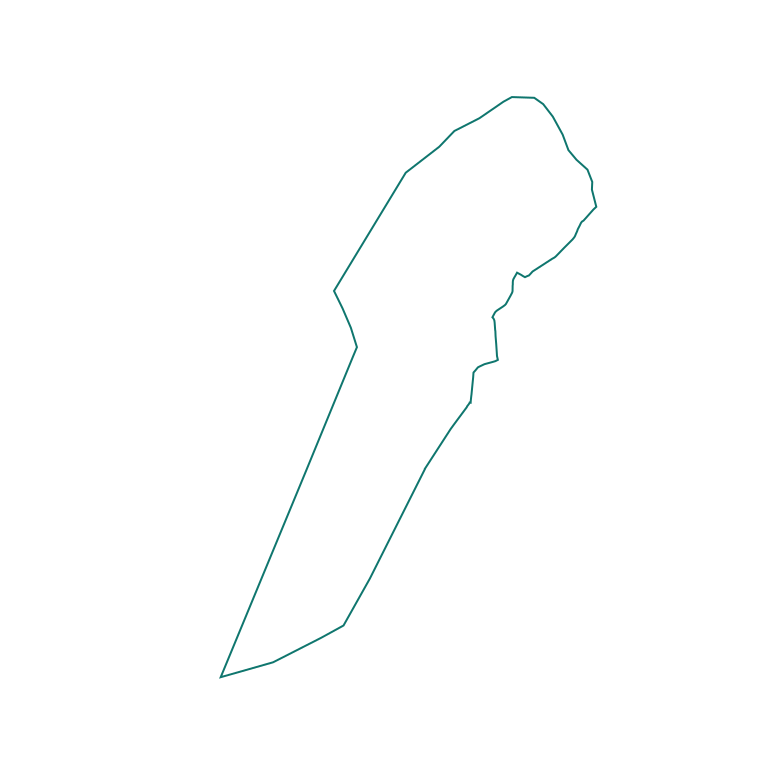 outline of Burg Al-Arab City, Al Iskandariyah, Egypt, rotated 153°
{"feature_id": "37247803B47778858868079", "entity_name": "Burg Al-Arab City", "entity_type": "district", "adm_level": 2, "iso_a3": "EGY", "parent_name": "Egypt", "parent_adm1": "Al Iskandariyah", "projection": "robinson", "projection_center": [29.584, 30.899], "detail": "fine", "context": "isolated", "style": "outline", "palette": "teal", "viewbox_px": 768, "rotation_deg": 153, "n_neighbors": 0, "source": "geoboundaries", "source_scale": "gbopen_adm2", "svg_char_len": 1666}
<svg xmlns="http://www.w3.org/2000/svg" viewBox="0 0 768 768"><g transform="rotate(153 384 384)"><path d="M386.2,289.6L386.2,289.8L345.1,313.6L341.0,315.7L334.8,318.8L320.7,325.8L320.2,326.3L317.7,327.5L316.6,328.1L316.1,328.6L315.3,328.0L314.4,329.5L313.7,330.6L311.4,334.1L310.9,334.8L307.9,339.5L304.9,344.2L301.5,349.5L299.4,353.0L299.0,353.6L296.2,354.7L293.2,356.0L292.9,356.1L292.7,356.2L290.5,356.2L287.2,356.1L286.5,356.1L285.2,356.0L277.6,354.4L274.4,353.8L273.8,353.8L273.7,353.8L271.6,353.8L270.6,357.7L269.2,360.9L265.9,368.6L262.9,375.9L260.7,380.7L260.5,381.5L257.5,388.6L256.8,390.6L256.7,392.6L257.1,394.2L256.0,395.0L253.0,397.1L251.9,397.7L249.9,398.2L248.1,398.4L247.3,398.5L242.9,399.0L240.5,399.4L239.1,399.9L237.0,401.3L231.5,405.0L228.4,407.2L227.8,407.8L227.3,408.4L225.8,411.2L224.8,413.1L224.0,414.3L223.2,415.9L222.3,417.4L221.2,418.6L219.0,420.1L217.7,420.9L214.9,422.8L212.0,418.6L211.5,417.6L209.9,415.2L209.7,415.2L207.1,415.1L205.6,414.9L203.9,415.5L200.5,416.8L177.5,419.2L174.9,419.3L173.7,419.5L172.6,419.8L166.2,422.0L161.5,423.6L150.4,427.2L147.9,428.3L147.1,428.8L146.5,429.2L145.0,430.5L142.5,432.5L141.6,433.4L141.4,433.6L141.2,433.8L137.7,436.3L135.5,438.0L134.0,438.8L132.0,439.0L118.2,444.4L114.4,445.5L110.5,462.8L106.7,469.5L105.4,482.6L110.7,496.4L113.5,508.6L111.6,525.1L112.2,545.6L115.1,561.1L120.2,570.8L139.8,581.6L149.4,581.3L166.9,579.0L178.3,577.5L206.4,577.5L227.1,570.3L268.7,562.4L386.3,489.6L386.6,470.2L388.0,449.1L391.4,429.1L399.3,422.4L491.7,343.0L575.6,271.3L662.6,196.9L609.2,186.4L575.6,186.4L555.1,186.4L529.7,187.2L485.0,217.0L386.2,289.6Z" fill="none" stroke="#0f766e" stroke-width="2"/></g></svg>